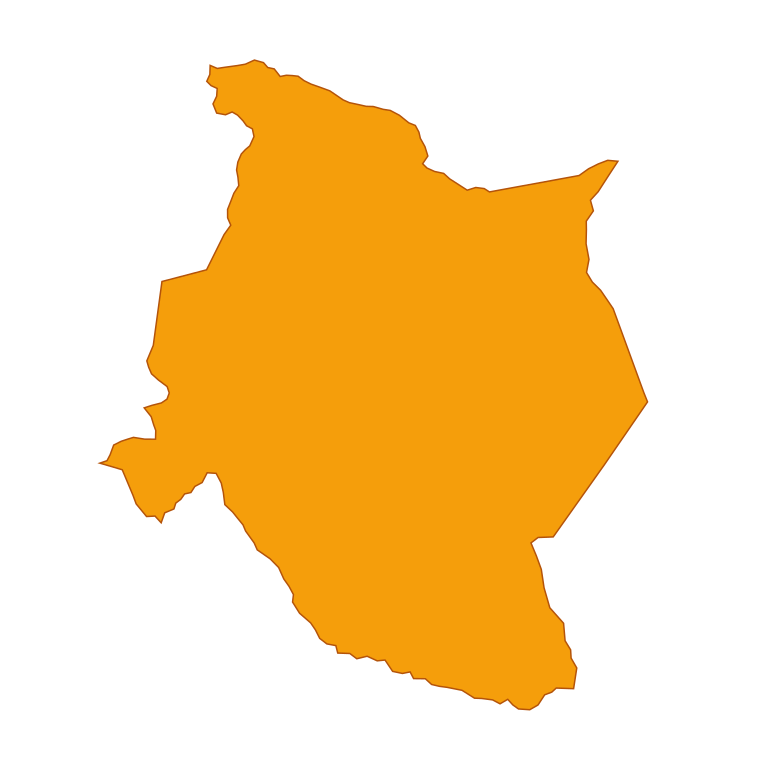 outline of Inhumas, Goiás, Brazil, rotated 102°
{"feature_id": "56859067B39938003702048", "entity_name": "Inhumas", "entity_type": "district", "adm_level": 2, "iso_a3": "BRA", "parent_name": "Brazil", "parent_adm1": "Goiás", "projection": "orthographic", "projection_center": [-49.521, -16.312], "detail": "fine", "context": "isolated", "style": "filled", "palette": "amber", "viewbox_px": 768, "rotation_deg": 102, "n_neighbors": 0, "source": "geoboundaries", "source_scale": "gbopen_adm2", "svg_char_len": 2459}
<svg xmlns="http://www.w3.org/2000/svg" viewBox="0 0 768 768"><g transform="rotate(102 384 384)"><path d="M108.5,620.3L117.4,618.7L124.8,620.3L128.1,615.2L129.6,608.6L137.3,607.5L145.6,609.5L153.8,604.0L153.6,595.0L149.5,589.1L151.4,583.2L155.9,576.6L160.0,572.1L161.8,565.8L169.0,562.6L179.0,564.8L183.5,568.3L188.7,571.4L197.3,573.1L205.3,572.7L212.0,569.9L220.2,567.3L228.6,570.5L236.2,571.7L245.8,573.3L254.0,571.5L260.5,566.9L271.1,571.5L309.2,581.3L329.9,622.5L394.2,617.7L410.7,620.8L416.5,617.7L422.4,613.5L427.0,605.5L431.6,595.6L437.4,592.2L443.9,593.1L448.8,597.8L453.1,606.5L457.2,613.6L464.4,604.9L471.8,600.8L476.9,597.6L485.5,596.0L487.7,606.6L488.3,618.0L491.2,623.2L494.7,629.2L499.9,635.7L510.2,637.2L516.6,639.0L520.5,645.5L522.3,622.2L545.2,606.3L552.8,601.5L563.0,588.7L560.8,580.5L566.1,573.1L555.6,571.7L549.9,563.5L543.8,562.9L538.9,558.7L533.0,556.2L530.3,550.3L523.5,547.7L518.2,541.4L507.6,538.5L506.3,529.6L514.7,522.6L523.3,518.7L535.1,514.6L540.7,505.4L545.8,499.2L551.1,492.6L556.6,488.8L566.4,478.0L572.6,473.5L578.7,459.0L585.4,448.9L595.5,441.5L601.7,434.8L608.8,428.8L616.3,428.1L625.8,418.9L632.9,406.1L638.7,400.0L646.2,394.0L650.1,385.9L649.9,376.7L656.8,373.3L654.7,361.4L658.4,353.5L653.8,343.9L656.2,333.1L653.8,325.6L663.3,315.8L663.3,305.8L660.2,298.6L666.0,293.8L663.7,282.3L668.0,275.0L668.2,266.9L667.6,259.3L667.4,244.0L672.5,230.2L671.3,223.2L670.4,212.1L672.7,204.0L666.7,197.4L671.1,191.3L673.9,184.9L672.3,173.7L665.9,166.6L654.6,162.2L650.5,155.8L645.6,152.3L642.6,135.2L621.7,136.4L613.2,144.0L605.2,146.2L597.5,153.5L580.7,158.6L568.4,175.3L550.0,185.1L532.6,191.6L520.5,199.2L508.9,207.2L502.1,201.4L498.4,186.7L417.0,151.6L346.7,122.5L338.5,128.0L262.7,175.5L255.3,183.2L247.3,191.6L241.0,201.4L232.8,209.1L219.5,209.4L204.8,215.5L191.0,218.1L182.7,220.0L171.1,215.2L161.3,220.3L151.4,214.5L132.2,207.2L117.5,201.5L118.7,211.7L124.2,220.2L130.9,228.6L139.5,236.5L174.2,320.8L172.0,326.6L172.7,335.1L177.1,342.9L169.7,362.4L165.6,369.4L165.6,378.7L163.8,386.9L160.5,392.0L151.9,388.5L143.3,393.3L136.2,399.5L130.4,402.2L124.6,407.1L123.4,414.0L117.9,424.9L115.1,434.8L115.5,441.9L114.8,452.1L116.1,459.1L116.0,466.8L116.0,476.4L114.6,483.1L108.5,498.0L107.0,508.6L105.8,517.9L103.9,525.3L100.8,532.0L101.4,538.0L102.3,543.7L104.8,549.5L98.6,556.9L98.6,563.5L94.7,568.7L94.1,578.1L100.0,586.1L103.0,593.6L107.6,606.4L110.0,612.7L108.5,620.3Z" fill="#f59e0b" stroke="#b45309" stroke-width="1.5"/></g></svg>